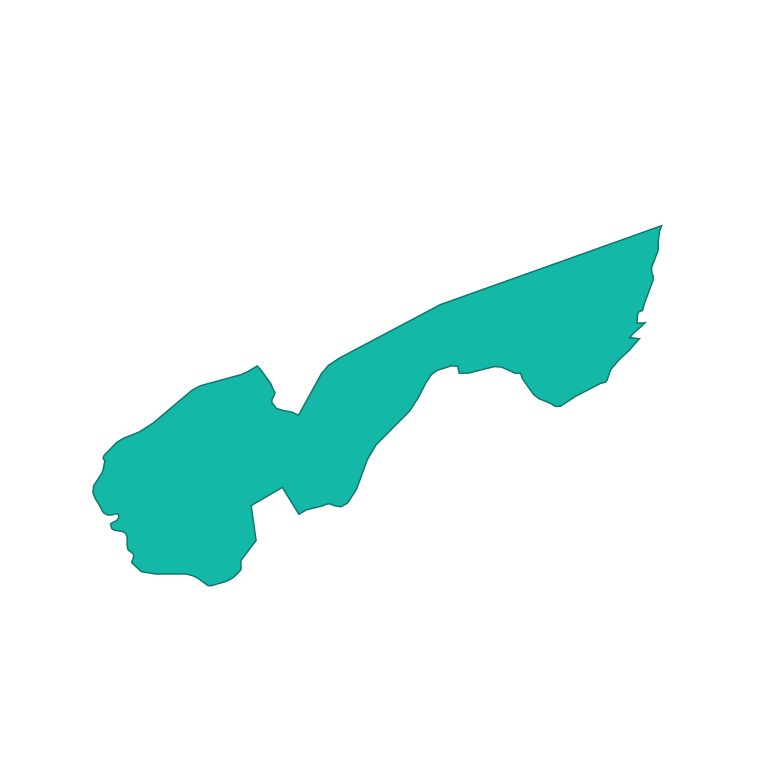 the Province of Negros Occidental, rotated 220°
{"feature_id": "PHL-2518", "entity_name": "Negros Occidental", "entity_type": "Province", "adm_level": 1, "iso_a3": "PHL", "parent_name": "Philippines", "parent_adm1": "", "projection": "equal_earth", "projection_center": [123.001, 10.217], "detail": "fine", "context": "isolated", "style": "filled", "palette": "teal", "viewbox_px": 768, "rotation_deg": 220, "n_neighbors": 0, "source": "natural_earth", "source_scale": "10m", "svg_char_len": 1839}
<svg xmlns="http://www.w3.org/2000/svg" viewBox="0 0 768 768"><g transform="rotate(220 384 384)"><path d="M273.1,683.7L271.3,678.6L265.4,669.2L260.1,663.2L253.9,645.1L249.9,641.0L246.8,639.5L244.4,635.9L235.9,612.0L233.2,606.6L235.2,603.1L234.3,599.9L229.3,593.2L227.7,594.9L224.9,597.0L223.4,598.7L223.9,593.2L225.6,583.2L225.5,577.4L223.8,578.8L219.3,581.5L217.5,582.9L217.8,567.7L219.5,553.6L219.6,540.9L215.5,530.1L215.5,527.7L218.5,523.7L229.4,497.5L234.5,480.4L238.2,477.1L244.1,476.1L256.2,472.3L262.7,472.1L281.4,477.0L286.2,480.0L290.3,476.6L304.8,472.5L310.7,468.3L326.1,446.9L333.3,440.6L338.9,444.9L344.0,441.4L352.0,428.7L353.7,421.9L352.8,412.3L349.0,395.9L347.0,379.6L351.0,332.5L348.2,315.6L337.4,285.6L335.4,269.2L338.0,262.4L343.4,259.1L348.6,257.3L351.0,254.8L352.6,251.3L362.7,237.5L365.4,229.5L395.4,239.4L407.6,205.5L381.4,181.9L380.2,157.4L379.3,155.5L375.2,151.3L374.2,149.3L374.7,141.4L375.3,138.3L376.4,135.0L378.7,130.4L386.5,118.7L389.1,116.4L402.0,115.6L407.6,114.1L413.3,111.4L436.8,91.7L449.2,84.3L462.4,84.9L463.1,86.3L464.0,89.0L465.3,91.6L467.3,92.8L472.7,92.4L474.1,92.8L477.3,95.6L482.3,101.6L485.8,103.5L489.2,103.1L496.5,98.7L499.6,98.3L503.5,100.9L502.8,103.9L501.0,107.4L501.4,111.4L504.0,113.7L506.1,112.1L508.3,108.8L511.3,106.1L515.5,105.1L518.7,105.8L521.6,107.3L531.7,110.7L537.2,113.7L541.0,119.5L542.9,134.6L544.3,138.2L548.3,145.5L549.2,146.2L550.2,146.1L551.3,146.4L552.2,147.9L552.5,149.9L551.2,167.7L548.6,175.1L540.6,190.1L535.8,205.5L527.0,256.1L523.5,264.7L499.6,299.2L496.6,305.2L492.7,316.3L487.3,315.6L471.2,311.6L464.2,308.0L462.7,307.8L461.6,307.0L460.8,304.3L460.4,302.2L459.9,300.5L459.2,299.1L457.9,297.8L450.8,296.1L443.6,299.2L436.4,303.4L429.4,305.1L438.5,351.3L438.5,362.7L434.9,375.0L391.9,481.0L273.1,683.7Z" fill="#14b8a6" stroke="#0f766e" stroke-width="1.5"/></g></svg>